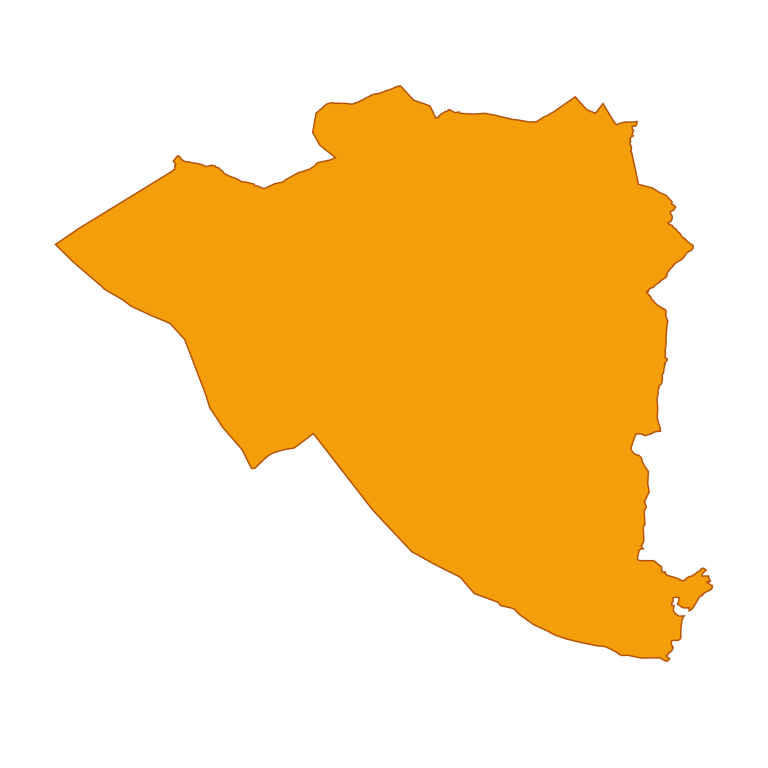 the district of Rælingen nor, Akershus, Norway, rotated 176°
{"feature_id": "86288312B33593652809253", "entity_name": "Rælingen nor", "entity_type": "district", "adm_level": 2, "iso_a3": "NOR", "parent_name": "Norway", "parent_adm1": "Akershus", "projection": "equal_earth", "projection_center": [11.038, 59.891], "detail": "fine", "context": "isolated", "style": "filled", "palette": "amber", "viewbox_px": 768, "rotation_deg": 176, "n_neighbors": 0, "source": "geoboundaries", "source_scale": "gbopen_adm2", "svg_char_len": 6018}
<svg xmlns="http://www.w3.org/2000/svg" viewBox="0 0 768 768"><g transform="rotate(176 384 384)"><path d="M308.5,168.6L285.8,158.5L284.7,157.5L284.3,156.1L282.8,154.7L272.9,151.8L269.5,150.2L267.4,147.3L264.2,143.9L250.9,133.1L240.2,127.4L230.5,121.4L219.4,116.8L206.3,112.6L189.4,107.9L181.8,106.6L178.1,104.7L171.2,100.5L170.0,99.7L168.8,98.3L165.9,96.6L159.3,96.3L146.7,92.7L136.4,92.2L127.1,91.4L125.7,90.0L123.0,88.5L122.7,88.0L120.5,87.8L119.9,88.3L119.8,88.8L118.2,89.9L121.4,92.8L121.5,93.3L120.4,94.0L119.7,94.0L118.6,95.6L118.7,96.2L117.3,96.5L115.3,98.2L114.2,100.3L114.0,101.1L114.5,101.2L115.4,104.9L115.3,107.1L115.0,107.6L113.3,108.0L108.1,107.9L107.4,108.2L106.0,109.2L105.5,111.1L105.1,117.7L103.3,127.4L102.0,130.1L100.8,131.7L104.0,131.7L106.6,132.2L109.0,134.3L111.0,137.1L111.1,139.4L110.1,142.4L110.9,143.0L112.4,143.3L112.0,146.1L110.7,147.1L110.9,149.8L110.7,150.4L107.6,150.9L104.4,150.4L105.9,144.9L106.6,144.0L103.4,141.5L102.7,140.7L101.1,139.9L98.2,139.5L95.2,139.4L95.4,138.0L95.4,136.4L92.0,138.3L89.2,142.1L86.7,146.0L82.8,151.2L81.9,150.9L81.6,150.5L79.8,152.6L78.8,153.4L72.2,156.1L71.6,156.7L70.6,158.2L70.8,158.7L70.5,160.1L72.2,160.6L74.0,162.8L75.6,163.3L75.9,164.0L72.2,164.6L73.7,168.4L73.6,169.8L80.1,170.2L80.3,171.7L78.1,174.0L75.7,175.9L76.4,176.4L77.9,178.0L79.7,177.8L80.3,177.0L80.8,177.1L81.8,175.7L84.4,174.7L84.8,174.2L85.5,173.9L87.2,172.5L88.8,171.9L89.9,171.1L92.9,170.5L95.2,169.5L97.2,168.3L97.7,167.1L98.5,166.9L100.2,167.1L101.5,167.6L106.3,170.3L113.4,172.8L115.7,173.9L115.7,174.2L116.6,175.4L116.2,176.1L116.3,176.5L116.8,176.9L119.1,177.0L120.0,177.3L120.3,178.0L119.9,178.3L119.8,178.8L119.8,179.7L120.1,180.0L119.8,181.7L120.1,182.6L123.7,185.5L124.7,186.7L127.1,188.9L141.7,190.0L143.1,191.5L143.3,192.1L143.1,193.6L141.6,198.3L141.4,199.7L140.9,200.4L139.1,201.7L136.9,201.5L138.7,204.1L137.4,205.8L137.2,206.9L136.1,208.3L135.9,209.0L136.0,209.5L135.6,211.1L135.7,215.0L135.4,217.2L135.5,222.8L135.2,223.6L134.7,224.0L133.8,225.3L133.5,226.0L133.7,226.9L133.4,227.4L133.4,238.7L130.9,243.0L132.3,248.5L126.9,258.0L127.9,265.9L126.4,278.2L129.5,283.5L131.5,287.8L132.4,292.4L134.6,295.0L137.4,295.9L139.3,297.2L140.5,298.4L142.1,301.8L142.2,302.5L140.6,306.4L140.0,308.6L138.8,310.7L136.3,316.5L131.3,316.4L127.1,314.2L123.9,315.1L121.9,315.3L117.4,317.3L114.7,317.6L111.5,317.6L111.5,321.0L112.9,326.1L113.8,330.9L112.6,341.5L112.8,350.3L111.1,355.2L111.2,357.8L110.5,360.0L109.8,360.8L109.9,362.8L108.1,364.1L107.1,365.3L106.5,366.6L105.8,370.3L106.0,372.6L105.8,373.7L104.3,375.9L103.6,380.0L103.0,381.6L102.9,382.7L102.1,384.1L102.7,385.3L100.9,386.6L100.1,387.5L99.8,389.1L99.8,389.5L101.8,390.6L101.5,393.1L101.0,395.5L101.2,396.9L101.2,398.1L100.6,400.0L100.5,401.3L100.3,402.0L99.6,406.7L99.6,408.6L99.0,414.1L97.8,421.4L96.6,427.1L97.7,430.2L98.1,433.1L97.5,436.7L97.9,437.9L98.4,438.7L101.0,440.2L105.6,443.5L108.7,446.7L109.2,448.2L111.1,449.6L112.0,452.8L113.6,454.2L114.0,455.1L115.2,456.4L114.8,457.0L115.5,457.5L114.6,457.7L114.7,458.0L113.7,457.8L113.5,458.1L113.6,459.5L112.7,460.4L109.3,461.5L107.8,462.3L106.9,463.4L106.0,464.1L101.5,466.5L101.7,467.1L101.5,467.4L97.7,469.3L95.1,470.9L94.1,472.2L94.1,472.7L94.5,473.6L93.4,475.3L90.0,479.4L87.4,481.3L86.7,482.6L84.0,484.7L79.3,486.9L78.0,487.8L75.5,490.1L73.9,492.6L72.3,494.0L67.8,496.2L66.6,497.4L66.1,498.8L66.0,500.5L67.4,501.8L69.1,502.7L69.4,503.4L71.2,504.7L73.9,508.2L75.5,509.1L77.1,511.1L78.2,513.5L79.3,514.6L80.0,515.1L82.3,518.5L83.2,518.9L84.9,520.3L85.2,521.8L87.9,523.2L89.6,524.7L86.6,526.1L85.1,528.4L84.8,531.5L86.2,533.5L86.4,535.0L85.1,536.3L82.6,537.5L81.7,538.6L81.5,539.6L80.7,540.2L82.2,542.0L84.5,543.6L83.9,545.6L89.5,552.5L96.2,556.1L102.6,560.8L116.2,565.4L120.9,598.2L121.9,598.7L121.1,599.8L121.1,601.0L120.6,601.6L120.9,603.7L121.4,604.4L121.3,605.4L122.3,607.2L122.1,607.7L121.3,608.1L121.0,608.6L121.0,609.4L121.2,610.4L121.6,611.1L121.6,611.5L120.3,612.8L118.1,614.1L119.3,614.6L117.4,619.6L118.4,621.0L118.5,623.7L117.8,624.1L115.8,623.6L115.0,623.8L114.5,624.2L114.1,624.9L113.1,628.1L114.8,628.2L116.9,627.8L121.8,628.3L126.1,628.3L131.1,627.5L134.0,626.3L137.1,630.9L146.0,648.5L154.2,639.2L162.9,643.8L173.2,657.1L196.1,643.5L202.1,640.6L205.1,639.6L213.8,634.9L216.3,635.2L218.7,635.0L221.0,635.3L232.3,638.1L237.1,638.9L251.6,643.4L253.5,644.2L255.3,644.5L264.5,647.0L276.5,647.0L289.7,648.8L290.0,650.2L291.9,649.8L294.5,649.9L295.8,650.6L298.6,652.7L300.6,653.2L300.9,653.0L301.5,651.6L304.3,651.4L304.6,650.7L307.6,649.7L309.1,648.4L309.9,648.2L310.3,647.6L310.0,647.1L310.1,646.9L311.6,646.3L314.0,645.8L316.9,653.8L318.9,658.3L334.7,665.1L346.5,680.0L348.1,680.2L350.7,679.7L356.7,677.5L359.4,676.9L368.5,674.2L372.2,674.0L375.2,673.5L389.4,667.4L396.1,665.3L404.4,666.9L406.5,666.7L409.3,667.3L414.0,667.5L414.4,668.0L415.3,668.2L419.5,667.8L422.1,667.0L427.9,662.5L432.8,658.9L437.6,640.0L431.4,626.7L416.7,613.2L422.1,611.2L434.5,609.5L435.8,608.7L438.4,606.2L442.9,603.7L449.5,601.8L454.5,600.9L468.0,594.6L470.8,592.5L478.9,591.4L490.0,587.2L494.9,589.5L496.2,590.4L498.8,590.5L499.6,592.4L508.1,595.2L511.2,595.6L512.8,596.3L516.1,598.6L524.0,602.3L529.1,605.5L530.1,607.5L531.2,608.4L531.9,608.6L533.8,611.1L536.7,612.2L537.4,613.3L541.4,614.4L543.9,613.4L545.4,613.4L547.2,613.7L549.0,614.9L553.9,616.7L556.7,617.4L558.8,617.7L563.1,619.1L567.7,619.9L568.3,620.9L569.2,621.2L571.2,623.4L572.4,625.5L572.7,625.8L573.8,625.8L575.0,625.1L576.4,623.2L578.6,621.4L578.2,620.2L576.4,617.9L577.0,617.0L577.4,616.7L577.5,614.2L577.8,613.2L579.8,611.4L678.7,559.8L702.0,546.1L685.4,527.3L658.8,501.0L657.0,498.9L651.3,494.6L638.9,486.3L630.7,479.2L611.7,468.7L593.2,459.4L579.6,442.1L562.6,386.0L560.2,375.5L559.1,371.6L551.9,359.3L548.3,352.5L530.2,328.5L522.4,309.7L521.1,308.9L520.4,308.8L519.2,308.9L518.3,309.3L511.0,315.5L505.4,319.8L503.6,321.0L500.2,322.7L493.9,324.4L486.0,325.7L478.1,326.4L457.9,339.5L403.9,258.8L368.1,214.9L346.0,200.5L321.5,186.0L308.5,168.6Z" fill="#f59e0b" stroke="#b45309" stroke-width="1.5"/></g></svg>